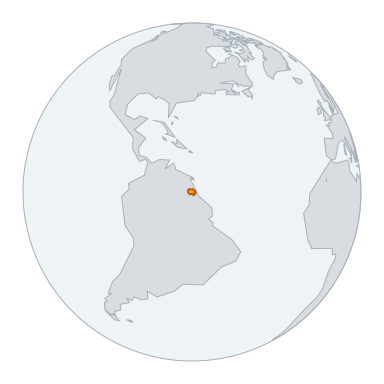 globe centered on Cuyuni-Mazaruni, rotated 26°
{"feature_id": "GUY-676", "entity_name": "Cuyuni-Mazaruni", "entity_type": "Region", "adm_level": 1, "iso_a3": "GUY", "parent_name": "Guyana", "parent_adm1": "", "projection": "orthographic", "projection_center": [-59.812, 6.174], "detail": "fine", "context": "on_globe", "style": "filled", "palette": "amber", "viewbox_px": 384, "rotation_deg": 26, "n_neighbors": 0, "source": "natural_earth", "source_scale": "10m", "svg_char_len": 9001}
<svg xmlns="http://www.w3.org/2000/svg" viewBox="0 0 384 384"><g transform="rotate(26 192 192)"><circle cx="192" cy="192" r="169" fill="#eef3f6" stroke="#a8b0b8"/><path d="M101.0,49.6L102.3,48.9L105.5,47.0L105.9,46.7L117.9,40.2L118.7,39.8L121.3,38.5L121.5,38.5L125.3,36.8L125.1,36.9L130.1,34.8L133.0,33.7L138.4,32.1L132.8,36.8L139.5,35.9L142.9,41.5L146.0,39.9L149.3,41.8L154.1,40.9L153.4,42.7L157.9,40.5L157.6,39.0L159.5,37.7L162.4,37.2L161.9,39.2L160.4,39.8L161.8,40.1L160.3,41.5L162.6,40.5L161.7,43.4L166.8,39.9L169.6,41.7L167.8,43.8L162.6,44.4L145.5,52.5L142.2,55.8L142.7,59.3L155.1,63.7L153.6,67.4L155.6,71.8L158.9,69.1L158.6,64.8L165.2,61.5L163.9,57.2L166.4,55.4L167.4,51.3L173.1,51.2L178.1,53.7L177.7,57.3L179.9,58.7L185.0,55.0L188.8,62.3L199.1,68.2L199.5,70.5L191.6,74.5L179.6,74.4L169.4,81.7L181.9,76.6L182.5,83.2L185.1,84.4L188.5,84.0L190.6,81.5L192.0,84.0L180.2,89.4L178.7,87.2L182.4,85.4L176.8,85.6L168.8,90.3L169.7,93.8L156.7,98.7L157.2,101.4L154.6,104.3L154.7,99.5L154.3,108.6L139.1,118.8L138.3,135.9L132.7,122.6L126.8,121.0L119.4,121.2L119.1,124.0L109.9,121.8L100.5,127.5L95.7,141.1L97.8,151.7L108.2,152.3L112.0,146.4L120.1,145.3L112.9,161.3L126.7,163.8L124.6,175.9L128.4,182.3L135.7,180.8L143.1,183.9L148.8,176.9L157.9,173.2L157.6,183.1L162.9,174.1L167.8,178.9L186.0,178.6L184.5,180.9L199.8,192.6L216.9,197.6L220.9,204.8L218.8,209.3L224.8,210.5L224.9,213.4L249.3,217.5L262.0,224.4L261.7,234.6L251.4,246.5L242.7,270.7L224.3,278.8L220.1,288.3L206.6,301.8L195.4,300.8L199.1,307.4L193.3,311.3L186.2,311.5L185.5,316.0L180.2,316.0L184.1,319.0L176.6,324.5L179.9,329.2L174.7,333.4L177.0,336.0L174.7,335.9L172.5,336.7L172.6,338.1L165.0,335.6L161.6,329.7L163.5,326.8L160.4,326.1L164.1,318.3L161.1,319.9L159.9,307.5L163.3,297.1L163.4,265.6L159.4,259.1L146.4,251.4L130.6,226.8L134.4,216.9L131.1,212.0L141.8,198.0L139.3,184.8L135.6,182.8L131.7,187.7L119.4,179.1L115.6,169.0L81.2,151.8L78.4,146.6L79.5,138.6L74.4,112.3L73.7,136.7L70.5,131.8L69.1,123.0L71.4,121.0L72.6,108.6L70.6,103.9L75.6,89.3L90.0,71.9L89.7,74.6L93.2,70.6L93.8,67.3L93.3,66.1L106.1,52.0L109.9,45.7L105.4,47.5L110.8,44.6L98.6,51.2L98.4,51.3L101.0,49.6ZM136.8,141.7L152.7,150.3L143.0,151.2L145.0,149.7L141.1,146.2L133.6,142.9L125.3,144.6L136.8,141.7ZM145.3,132.3L142.5,131.6L145.3,131.6L145.3,132.3ZM92.5,66.1L93.4,67.5L91.7,71.5L90.5,70.5L92.5,66.1ZM96.5,59.4L97.9,59.2L93.8,62.9L94.3,61.8L96.5,59.4ZM101.4,49.6L101.5,49.8L100.3,50.3L101.4,49.6ZM164.2,51.6L165.7,51.5L164.7,52.3L164.2,51.6ZM163.1,50.1L160.8,51.3L160.0,50.7L161.4,50.0L163.1,50.1ZM166.1,48.9L158.8,49.7L157.3,48.8L161.5,45.6L166.1,48.9ZM156.3,38.8L156.7,40.3L153.8,39.7L156.3,38.8ZM154.0,38.8L142.3,39.6L143.2,37.5L146.9,37.5L145.9,35.6L152.1,34.1L154.0,34.8L152.2,36.4L156.0,34.7L154.0,38.8ZM160.1,37.1L157.6,37.3L158.2,35.5L163.2,34.8L161.4,35.5L160.1,37.1ZM142.6,35.9L143.9,34.7L149.3,33.0L150.5,32.4L152.3,33.9L142.6,35.9ZM162.7,35.7L165.7,34.5L168.0,35.0L162.5,36.8L162.7,35.7ZM156.2,35.3L156.7,34.5L158.1,34.7L156.2,35.3ZM177.9,36.7L174.9,36.6L175.0,35.5L177.9,36.7ZM166.7,34.0L165.9,33.9L165.6,33.6L168.0,33.0L166.7,34.0ZM156.0,32.8L157.9,32.5L155.5,32.0L159.4,31.1L159.9,32.4L161.3,31.4L162.5,31.1L161.6,32.6L156.0,32.8ZM169.4,31.4L171.4,33.2L176.8,33.4L177.0,34.2L168.2,33.9L169.4,31.4ZM164.9,31.9L167.7,31.8L166.4,32.7L163.7,33.4L164.9,31.9ZM161.9,30.1L155.8,31.2L155.9,30.9L161.9,30.1ZM171.3,31.3L170.8,30.9L171.8,31.1L171.3,31.3ZM165.1,30.1L162.9,30.5L163.1,30.1L165.1,30.1ZM171.6,29.9L172.2,30.4L170.4,30.8L171.6,29.9ZM168.8,29.8L169.6,29.3L169.3,30.7L167.8,30.0L168.8,29.8ZM165.6,29.7L165.0,29.7L166.5,29.6L165.6,29.7ZM178.2,28.3L178.3,29.9L174.2,30.7L174.7,29.0L178.2,28.3ZM178.2,340.8L165.8,336.5L172.6,338.5L176.3,336.4L183.1,339.6L178.2,340.8ZM189.5,335.3L194.3,334.1L195.8,334.8L192.7,335.9L189.5,335.3ZM327.0,90.5L327.4,92.4L322.1,86.2L317.3,78.8L317.1,78.4L327.0,90.5ZM307.0,68.3L308.4,69.6L310.6,71.6L312.5,73.7L310.7,72.0L309.0,70.3L308.1,69.9L316.3,78.9L319.4,82.0L319.8,85.3L325.0,90.9L326.8,94.3L318.7,86.1L315.9,82.7L304.7,75.4L307.7,79.1L318.4,86.5L317.1,86.2L321.2,92.1L317.1,87.5L304.5,79.3L301.9,83.3L306.5,99.5L303.3,101.9L296.9,100.4L287.2,85.8L295.5,82.1L292.2,77.7L283.6,72.7L286.9,72.2L284.4,70.0L286.9,68.7L283.6,62.4L285.1,61.0L277.3,54.6L277.0,53.2L281.7,57.2L285.7,59.6L288.6,57.3L287.3,55.7L282.0,51.9L283.4,52.1L277.9,48.8L276.4,46.7L273.6,46.9L267.3,43.3L262.9,40.3L260.3,39.3L267.6,44.4L270.9,46.6L274.6,48.2L283.3,55.1L283.7,56.9L272.7,50.4L272.1,52.6L263.8,47.4L249.2,35.5L246.5,33.2L255.6,35.5L260.0,37.5L258.9,37.4L265.9,40.3L262.5,38.7L263.7,39.1L258.0,36.5L258.6,36.7L252.1,34.1L264.1,39.2L275.7,45.2L286.7,52.1L297.2,59.8L307.0,68.3ZM340.6,111.6L338.4,107.8L340.8,112.0L346.2,123.0L350.8,134.4L354.6,146.0L357.5,157.9L359.5,170.0L360.7,182.1L360.9,194.4L360.3,206.6L358.8,218.7L356.5,230.7L353.2,242.5L349.1,254.1L344.2,265.3L338.5,276.1L332.1,286.5L331.8,287.0L328.9,289.3L332.7,283.4L337.3,272.7L345.4,245.7L350.4,232.1L351.8,222.2L349.3,201.9L350.1,189.3L348.5,184.7L345.6,187.0L343.1,181.5L341.0,182.0L324.5,190.4L316.9,184.0L301.7,162.3L302.9,152.3L298.6,141.7L302.8,102.5L308.7,103.2L317.7,95.2L319.7,95.9L324.1,103.7L335.2,110.4L332.3,103.2L337.0,106.2L336.6,104.6L335.7,103.1L340.6,111.6ZM307.2,121.0L308.5,124.1L307.2,121.0ZM186.6,178.5L188.7,180.4L185.8,180.4L186.6,178.5ZM141.4,155.2L144.9,155.5L146.6,157.0L143.9,157.4L141.4,155.2ZM171.7,155.7L175.8,156.6L171.4,157.4L171.7,155.7ZM155.2,151.4L168.3,155.4L159.6,158.2L151.4,155.8L157.3,155.0L155.2,151.4ZM143.0,137.8L145.1,138.5L144.3,140.3L143.0,137.8ZM147.4,132.3L146.5,132.5L145.6,131.0L147.4,132.3ZM183.2,82.9L184.2,82.5L187.5,82.8L185.7,83.8L183.2,82.9ZM203.7,78.1L205.6,82.2L203.0,79.8L200.9,81.8L192.8,79.5L199.2,71.5L197.7,75.4L203.7,78.1ZM183.7,75.1L188.2,76.9L183.1,75.2L183.7,75.1ZM268.4,60.5L271.4,61.3L273.7,64.0L271.8,67.2L268.4,63.2L268.4,60.5ZM275.2,62.0L264.8,55.5L265.6,53.7L266.9,55.7L268.5,55.2L271.0,58.4L281.9,63.6L284.7,66.4L279.6,69.9L279.7,66.9L276.7,66.1L275.2,62.0ZM237.0,46.7L232.5,45.1L240.0,43.1L243.3,44.9L241.6,47.8L236.7,47.4L237.0,46.7ZM174.8,43.6L172.6,44.0L172.7,43.3L174.7,42.4L174.8,43.6ZM176.5,36.7L184.5,41.4L182.4,42.0L189.6,44.7L186.9,47.4L182.3,45.5L185.6,49.9L180.3,49.3L183.2,52.3L173.3,47.7L168.7,47.7L174.8,46.5L177.5,43.9L177.3,42.8L173.2,39.8L164.6,39.1L165.9,36.8L169.1,35.4L171.3,35.2L169.8,36.7L173.9,35.4L173.4,37.4L176.5,36.7ZM205.5,27.2L202.7,27.8L210.9,27.8L210.4,28.9L211.4,28.8L213.2,30.0L217.1,31.4L216.1,31.9L218.1,32.3L219.3,33.2L221.7,34.0L220.7,35.3L223.5,36.5L221.4,36.5L226.5,38.2L222.3,37.5L223.5,39.1L226.9,38.9L216.0,46.3L214.7,50.7L215.8,55.1L208.5,54.0L202.7,49.5L198.7,44.2L201.0,40.4L197.3,40.9L197.3,39.3L200.2,39.6L195.7,38.3L196.5,37.1L192.9,33.9L185.8,33.3L184.4,32.3L187.5,32.0L183.8,31.3L188.8,30.2L187.9,29.6L191.8,28.2L198.5,28.3L196.9,27.7L199.8,26.9L205.5,27.2ZM179.5,27.9L187.5,27.3L191.2,27.7L182.8,30.1L183.0,30.9L177.7,32.9L172.4,32.4L174.4,31.8L175.1,31.1L176.5,31.5L175.9,30.7L178.7,30.0L179.0,29.2L181.5,29.1L179.5,27.9ZM318.7,92.6L319.6,92.6L320.4,91.7L322.9,95.6L318.7,92.6ZM310.3,87.1L310.7,86.2L314.7,90.8L313.7,91.1L310.3,87.1ZM307.5,82.1L310.4,85.8L308.2,84.0L307.5,82.1ZM281.7,56.5L281.7,55.7L283.0,56.5L284.6,58.0L281.7,56.5ZM229.6,29.4L227.4,29.2L226.6,28.9L220.6,27.9L220.4,27.3L224.0,27.7L229.6,29.4ZM328.9,92.9L331.0,96.0L330.1,94.9L329.6,94.0L328.9,92.9ZM328.3,95.6L330.1,96.7L329.0,96.7L328.3,95.6ZM228.4,28.6L225.9,28.1L227.4,28.1L228.4,28.6ZM220.0,26.8L221.1,26.7L219.7,27.1L220.0,26.8ZM217.4,25.2L220.0,25.6L218.7,25.5L217.4,25.2Z" fill="#d9dde1" stroke="#a8b0b8" stroke-width="1"/><path d="M190.9,194.8L190.9,194.7L190.7,194.7L190.5,194.9L190.4,194.9L190.2,194.9L189.8,194.9L189.7,194.9L189.4,194.8L189.0,194.6L188.8,194.4L188.6,194.1L188.4,193.9L188.2,193.6L187.9,193.4L187.7,193.1L187.5,192.9L187.4,192.8L187.4,192.7L187.5,192.6L187.7,192.3L187.7,192.2L187.8,192.2L188.0,192.1L188.2,191.9L188.2,191.7L188.1,191.4L188.1,191.2L187.9,190.9L188.0,190.6L188.1,190.4L188.3,190.4L188.5,190.4L188.8,190.3L188.8,190.2L189.0,190.2L189.3,190.3L189.4,190.2L189.5,190.1L189.8,190.0L190.2,189.7L190.3,189.7L190.5,189.5L190.5,189.4L190.6,189.2L190.4,189.1L190.5,189.1L190.8,189.2L190.8,189.3L191.0,189.3L191.3,189.3L191.3,189.2L191.5,189.3L191.6,189.2L191.8,189.0L192.4,189.2L192.7,189.3L193.0,189.6L193.3,189.7L193.5,189.7L193.8,189.5L193.9,189.9L193.9,190.0L194.0,190.0L194.3,190.1L194.5,190.0L194.6,190.3L194.8,190.3L194.8,190.2L194.8,190.3L194.9,190.5L194.9,190.8L195.0,190.9L195.2,191.0L195.3,191.1L195.5,191.1L195.3,191.4L195.5,191.3L195.6,191.5L195.6,191.8L195.6,192.3L195.6,192.5L195.6,192.8L195.5,193.0L195.5,193.4L195.5,193.6L195.5,193.9L195.4,194.0L195.2,194.2L194.8,194.2L194.7,194.1L194.4,193.9L194.2,193.9L194.2,194.0L194.1,193.9L194.1,193.7L193.9,193.6L193.8,193.4L193.7,193.4L193.5,193.5L193.4,193.6L193.2,193.7L192.9,193.7L192.8,193.8L192.7,193.8L192.7,194.0L192.7,194.3L192.2,194.3L191.9,194.3L191.7,194.4L191.6,194.5L191.4,194.8L191.2,195.0L191.1,194.8L191.1,194.7L190.9,194.8Z" fill="#f59e0b" stroke="#b45309" stroke-width="1.5"/></g></svg>